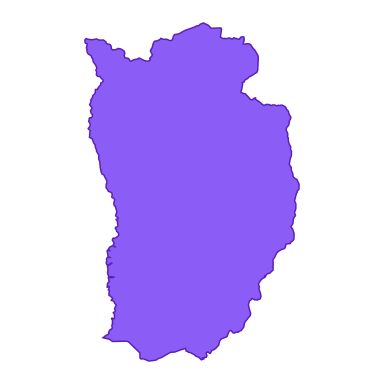 the district of Ilebo, Kasaï-Occidental, Democratic Republic of the Congo
{"feature_id": "63176286B19501088760626", "entity_name": "Ilebo", "entity_type": "district", "adm_level": 2, "iso_a3": "COD", "parent_name": "Democratic Republic of the Congo", "parent_adm1": "Kasaï-Occidental", "projection": "mercator", "projection_center": [20.49, -5.056], "detail": "fine", "context": "isolated", "style": "filled", "palette": "violet", "viewbox_px": 384, "rotation_deg": 0, "n_neighbors": 0, "source": "geoboundaries", "source_scale": "gbopen_adm2", "svg_char_len": 5906}
<svg xmlns="http://www.w3.org/2000/svg" viewBox="0 0 384 384"><path d="M103.0,337.7L109.6,339.3L111.5,340.9L112.9,341.5L125.5,341.2L127.1,341.3L128.7,342.0L139.9,352.9L140.0,358.0L141.0,359.0L143.5,358.8L148.7,361.0L154.6,360.4L156.9,359.7L157.9,358.7L161.3,357.6L170.5,352.3L174.9,352.0L181.1,349.7L185.5,348.5L186.2,351.1L187.2,351.3L188.4,352.2L190.6,352.7L194.5,354.8L195.9,356.2L198.8,357.3L201.3,359.8L204.0,358.8L204.0,358.4L202.5,358.3L202.9,357.8L206.3,357.3L207.0,355.7L206.2,353.5L206.5,352.5L207.9,352.0L209.7,353.4L210.2,353.4L212.2,350.1L213.8,349.8L215.8,348.3L218.7,345.2L219.6,341.1L220.7,339.6L222.3,338.4L226.2,337.1L227.1,336.4L228.9,331.7L230.0,330.6L231.0,330.5L233.1,332.9L234.4,333.0L236.8,332.1L238.3,332.2L239.9,330.8L241.1,330.6L243.8,327.0L244.5,322.8L248.6,317.4L249.8,316.3L250.4,314.9L250.7,313.3L250.0,311.7L249.9,310.5L249.4,309.6L248.4,304.7L249.4,301.0L251.4,299.6L251.7,298.6L252.8,298.7L254.6,299.9L255.5,299.7L257.4,300.1L258.1,299.5L260.3,298.8L261.0,296.4L260.4,292.9L258.9,289.0L259.4,287.1L258.5,284.0L259.0,282.8L260.8,280.1L262.8,278.3L264.4,277.6L264.7,276.1L265.3,276.7L266.6,274.2L269.8,273.1L273.0,270.1L273.2,262.2L272.8,260.7L273.3,259.2L274.5,257.6L276.6,253.2L278.8,251.0L282.0,249.3L284.2,248.7L285.3,247.5L285.9,244.1L290.4,243.5L290.4,242.5L292.9,240.7L293.9,239.2L294.1,233.7L292.6,228.9L291.0,227.0L291.2,226.3L292.9,223.6L293.4,218.8L294.2,217.6L294.3,216.8L295.2,216.1L295.5,215.4L294.5,212.5L295.8,208.9L295.9,204.7L295.7,203.2L294.6,201.1L294.7,200.2L296.5,193.1L297.2,192.3L297.5,190.7L298.9,189.4L299.1,184.2L296.9,179.5L294.1,177.8L293.1,176.5L292.9,174.0L291.4,170.5L291.1,167.0L290.4,166.4L289.3,164.2L290.1,159.1L291.4,155.4L291.5,151.3L290.5,149.2L290.7,146.8L289.3,144.3L288.4,141.1L288.2,137.9L287.5,136.5L287.8,134.4L287.5,132.9L286.2,130.2L286.3,128.6L287.0,127.1L288.7,125.3L289.5,120.8L290.8,118.4L290.7,116.7L289.1,114.6L288.4,111.3L287.5,110.1L286.6,109.8L285.9,107.5L285.1,106.6L282.1,105.1L280.6,105.2L280.0,105.6L278.4,105.2L277.0,105.8L275.0,105.1L272.7,104.9L270.8,105.6L269.5,104.6L267.3,104.4L265.8,104.5L264.5,105.3L263.1,105.0L259.0,101.5L255.8,99.6L255.5,99.1L255.6,97.9L255.1,97.8L254.5,98.7L253.5,98.5L252.5,99.7L251.6,99.9L250.4,99.4L247.3,95.8L246.4,95.2L245.9,94.2L245.0,93.7L243.0,93.4L240.8,92.1L241.7,89.4L242.7,83.9L242.2,82.6L244.3,81.8L244.9,80.0L247.7,78.5L248.8,77.0L250.6,76.3L257.0,72.2L257.7,70.2L258.2,59.7L258.2,57.0L257.8,55.3L254.8,50.1L253.0,48.2L250.9,45.0L249.7,44.0L247.4,43.7L244.3,44.2L243.5,44.0L243.4,42.8L244.2,40.2L243.9,37.1L243.3,36.8L241.0,37.1L240.4,37.5L239.5,39.2L237.4,39.0L236.7,38.5L235.4,38.6L234.6,37.9L233.7,37.8L232.1,39.2L230.1,38.1L228.3,38.1L225.7,38.8L224.8,38.3L223.9,38.6L222.8,38.4L220.4,37.1L221.5,29.7L221.2,28.2L220.1,27.9L211.2,28.3L208.5,25.4L203.5,23.0L200.2,24.2L198.6,25.8L196.1,26.0L195.2,26.8L184.6,30.6L178.8,33.9L174.6,34.6L173.6,35.7L172.5,39.6L171.5,40.4L169.6,40.6L167.0,39.3L163.1,39.3L160.9,38.3L159.3,40.0L158.1,40.3L157.5,40.9L155.2,41.0L154.3,41.4L153.2,43.6L152.1,47.7L150.8,49.7L150.4,51.0L152.3,54.8L152.0,55.7L149.7,58.3L150.3,59.5L150.1,60.1L148.3,61.1L145.8,61.0L143.3,60.1L139.5,58.1L138.3,58.3L137.0,59.3L134.3,59.5L131.2,61.2L130.0,60.8L128.8,58.8L128.1,58.3L124.8,57.8L124.2,55.2L124.8,53.7L124.3,51.2L121.3,49.1L118.2,48.4L115.1,50.0L114.0,49.7L112.8,49.9L112.1,49.5L111.4,48.7L111.0,45.7L110.2,44.8L109.2,44.2L107.2,43.9L106.3,43.2L105.7,41.6L103.4,40.0L100.0,40.1L98.5,39.9L96.7,38.9L92.6,39.7L89.3,39.5L85.9,38.7L84.9,40.0L85.1,42.6L85.9,43.4L87.0,43.7L87.3,44.4L86.4,47.8L87.0,49.8L87.1,52.0L87.8,53.4L88.7,54.4L90.7,55.3L91.3,56.2L91.7,57.6L92.7,58.8L93.2,61.8L95.7,65.1L96.9,68.2L95.9,70.0L96.7,72.4L96.3,74.4L96.7,75.5L98.1,76.5L100.1,76.6L101.1,78.2L103.0,80.0L103.1,81.3L102.0,82.4L100.8,83.0L100.4,85.3L98.7,86.9L97.3,89.4L95.4,89.5L95.2,92.8L94.5,94.1L93.0,95.4L92.1,98.0L90.7,100.2L91.1,101.5L89.6,104.8L91.6,107.3L92.1,108.5L90.7,110.2L90.5,111.1L91.3,113.5L92.5,114.8L92.1,117.0L91.6,117.6L89.7,117.8L89.2,118.4L89.3,119.2L88.7,121.2L90.1,124.0L90.3,125.3L89.6,126.8L88.2,128.4L88.5,129.1L90.4,130.7L89.9,132.2L89.5,137.4L92.1,138.7L93.9,143.3L95.4,145.3L95.2,146.6L96.5,150.1L96.5,151.3L98.8,155.1L98.6,158.8L99.8,161.7L100.2,167.1L101.3,172.6L102.0,173.9L104.1,175.2L104.5,176.5L106.8,180.7L107.0,182.0L106.2,184.4L106.1,187.8L107.4,189.4L108.3,191.3L110.9,192.3L111.8,193.1L112.2,194.3L111.8,196.9L112.0,197.5L114.0,198.4L114.5,199.3L114.6,200.1L113.8,203.0L114.0,205.0L115.3,206.5L116.9,211.8L115.6,215.5L115.8,216.0L118.0,217.8L118.1,218.3L117.9,218.7L116.1,219.4L117.7,221.8L117.4,223.2L117.8,224.4L117.9,225.9L117.0,226.9L115.5,227.4L115.3,228.4L116.2,229.5L116.6,231.2L118.4,233.1L118.8,234.7L118.0,236.2L114.8,238.3L113.4,238.1L112.7,238.6L112.3,240.2L114.3,243.2L113.2,244.8L113.6,245.6L114.9,246.7L114.3,246.7L113.1,245.8L111.6,246.1L109.6,247.2L108.0,249.8L109.1,249.8L109.6,250.5L107.4,250.5L107.1,251.1L108.1,256.3L109.6,257.3L107.8,257.2L107.2,257.6L106.5,259.2L106.7,260.7L106.2,263.0L106.7,264.4L107.2,264.8L108.3,264.8L111.2,263.0L111.8,263.1L111.6,263.6L110.5,264.0L109.0,265.3L107.6,265.6L107.4,266.0L108.0,269.6L107.5,273.0L108.4,275.8L109.2,276.9L111.0,276.6L113.8,277.1L113.4,277.5L110.9,277.6L108.5,277.3L108.2,277.8L108.7,278.8L108.8,280.5L109.4,281.7L108.2,282.4L107.6,283.3L107.1,286.9L107.2,287.3L107.8,287.2L108.9,286.4L109.3,286.6L109.3,287.7L108.3,289.9L109.5,290.9L109.0,292.7L109.2,293.2L108.8,294.1L109.0,295.4L110.8,296.4L112.7,298.4L111.2,300.2L111.4,300.6L112.8,300.6L114.4,302.0L114.5,303.1L116.2,304.9L114.6,308.7L115.3,311.0L114.9,311.8L113.3,312.5L113.4,313.1L114.4,314.3L114.5,318.3L114.2,318.7L113.4,318.8L112.6,318.2L111.7,318.3L111.6,318.8L112.5,320.3L112.4,322.2L112.7,323.3L112.2,324.0L112.4,324.5L111.8,325.5L112.3,327.9L111.3,329.4L110.2,329.6L109.3,330.8L108.6,332.7L109.0,333.4L108.0,334.5L106.1,335.3L103.0,337.7Z" fill="#8b5cf6" stroke="#5b21b6" stroke-width="1.5"/></svg>